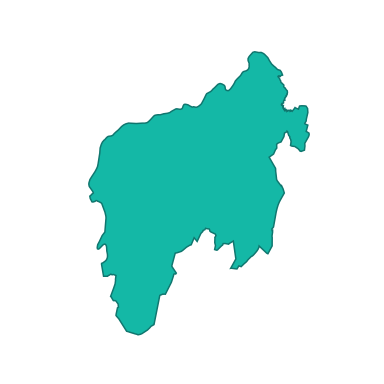 Padures pag., Kuldigas, Latvia (Equal Earth projection), rotated 282°
{"feature_id": "27541924B64598034075876", "entity_name": "Padures pag.", "entity_type": "district", "adm_level": 2, "iso_a3": "LVA", "parent_name": "Latvia", "parent_adm1": "Kuldigas", "projection": "equal_earth", "projection_center": [21.889, 57.036], "detail": "fine", "context": "isolated", "style": "filled", "palette": "teal", "viewbox_px": 384, "rotation_deg": 282, "n_neighbors": 0, "source": "geoboundaries", "source_scale": "gbopen_adm2", "svg_char_len": 6005}
<svg xmlns="http://www.w3.org/2000/svg" viewBox="0 0 384 384"><g transform="rotate(282 192 192)"><path d="M109.4,193.5L114.2,188.6L115.3,187.6L128.7,188.3L129.5,190.1L131.7,193.9L133.0,195.1L136.9,198.1L139.4,200.8L140.2,202.2L147.7,203.6L144.7,207.3L153.3,209.3L155.7,210.8L156.7,210.8L157.8,212.4L159.3,212.8L159.2,213.6L159.4,216.6L159.0,216.9L157.5,217.6L156.9,218.6L155.7,223.6L154.3,224.5L152.5,223.9L152.2,223.8L151.8,224.0L147.2,224.8L144.5,226.1L140.4,226.1L140.2,228.0L140.6,229.0L141.4,229.4L145.5,232.1L146.5,233.0L148.0,233.2L148.5,235.1L148.6,238.7L149.2,239.0L152.6,242.6L149.1,243.9L136.5,248.5L136.1,248.9L136.2,249.0L125.4,245.7L125.6,246.2L125.9,250.2L126.1,252.0L129.5,253.2L129.2,255.6L132.8,258.0L134.7,259.5L136.1,260.3L137.3,260.8L139.3,262.1L141.4,263.5L141.9,264.3L143.3,265.3L146.1,266.9L148.1,267.9L150.1,268.6L152.2,269.0L153.1,268.9L149.3,275.2L147.8,277.6L147.4,278.7L147.4,279.1L155.9,281.6L164.2,279.9L165.5,279.4L169.4,279.2L171.3,278.8L171.0,278.3L172.4,277.8L174.7,279.0L190.0,278.5L193.6,278.6L197.1,278.9L200.0,279.4L202.2,280.0L210.2,282.5L213.9,280.5L216.9,278.2L216.5,277.9L220.8,272.9L222.3,271.9L222.7,271.9L230.7,269.2L230.8,269.3L232.5,268.8L242.1,260.2L246.1,263.9L250.8,264.9L251.7,265.4L252.6,265.8L255.7,265.0L256.2,264.9L256.5,265.0L258.0,266.3L259.5,268.7L265.3,270.4L268.9,270.2L270.6,272.3L271.2,272.3L270.9,272.9L267.5,274.8L266.5,276.1L265.3,276.4L263.7,277.7L261.6,278.5L260.5,278.5L259.3,278.7L258.2,278.6L257.7,279.4L257.7,281.1L257.9,283.1L256.4,286.8L255.6,287.9L254.5,289.1L254.4,290.3L256.3,293.3L260.5,292.9L263.0,292.2L270.4,294.5L272.3,294.7L273.9,294.2L275.0,291.3L275.0,291.1L281.5,291.4L282.0,288.6L282.5,288.0L285.1,288.9L287.1,288.7L293.8,288.8L297.7,287.7L299.7,285.7L299.7,284.6L299.2,281.6L298.6,279.6L298.4,279.3L295.2,278.9L295.8,275.5L296.0,275.2L294.3,274.5L291.8,273.2L292.1,272.8L292.1,272.5L292.4,272.3L292.3,272.1L291.9,272.0L291.7,272.0L291.6,271.8L291.9,271.6L292.4,271.6L292.5,271.5L292.2,271.3L291.7,271.1L292.3,270.8L292.2,270.5L291.9,270.5L291.8,270.3L292.1,269.7L291.8,269.2L291.2,268.9L291.3,268.7L290.9,268.3L291.4,268.3L291.7,268.1L291.6,267.9L291.3,267.4L291.9,267.2L292.0,267.1L291.3,266.7L291.0,266.5L291.0,266.3L291.9,266.3L292.1,266.2L292.1,265.9L292.9,265.5L292.6,265.3L291.5,265.2L292.1,264.8L292.0,264.5L292.6,264.3L292.5,264.2L293.1,263.5L293.5,263.5L293.4,263.8L293.8,263.7L293.8,263.3L294.0,263.1L294.3,263.1L294.6,263.4L295.1,263.4L294.9,263.1L294.9,262.9L295.3,262.9L295.8,262.6L295.6,261.8L295.9,261.7L295.7,261.5L296.1,261.3L296.5,261.6L296.9,261.4L297.1,261.5L297.3,261.9L297.5,261.9L297.5,262.4L298.2,263.0L298.5,262.8L299.0,262.9L299.4,262.7L300.3,262.7L300.6,262.8L300.2,263.0L300.8,263.0L301.3,263.3L301.1,263.3L301.1,263.7L302.2,263.4L303.1,263.3L303.0,263.2L303.3,263.2L303.5,263.3L303.4,263.5L303.5,263.6L305.0,264.1L305.4,264.4L305.5,264.4L305.4,264.0L305.8,264.0L305.9,264.3L306.0,264.4L306.6,264.5L307.0,264.8L307.5,264.7L307.4,264.5L307.6,264.4L308.1,264.7L309.1,264.7L310.7,264.2L310.9,264.0L311.6,262.9L312.0,262.6L312.2,262.3L312.5,261.9L313.0,261.7L313.3,260.8L313.9,260.0L314.2,259.8L315.4,259.7L315.9,259.4L316.3,258.8L316.5,258.1L317.1,257.6L317.2,257.3L317.4,256.6L318.0,256.0L318.9,255.8L320.1,254.7L321.0,254.2L321.2,253.9L321.5,253.7L322.3,252.6L322.8,252.1L323.2,252.2L323.5,252.4L323.5,252.7L323.8,253.1L323.7,253.3L323.4,253.7L323.3,254.1L323.3,254.3L324.0,254.6L324.7,255.1L324.9,255.9L325.2,256.3L327.9,254.5L329.3,253.0L329.6,250.2L330.6,248.6L331.1,248.0L332.1,246.0L333.7,243.3L336.4,240.6L339.2,238.2L341.9,234.1L342.5,232.5L342.9,230.6L342.3,228.4L342.2,224.2L341.3,222.5L337.3,220.2L335.8,219.5L334.0,219.1L332.1,219.6L329.7,221.2L327.9,221.5L326.5,221.9L324.5,221.8L322.9,221.0L321.6,219.5L320.7,217.7L319.9,216.8L318.7,216.2L316.0,215.3L311.9,212.6L309.6,211.3L307.3,210.8L304.9,210.0L300.8,208.2L298.8,206.7L298.5,205.2L298.8,204.1L299.5,203.3L302.1,202.3L303.0,201.5L303.8,199.2L304.0,197.3L303.7,196.3L302.6,194.9L298.7,192.4L297.0,191.1L295.3,190.2L294.1,189.3L291.3,186.0L290.4,185.6L285.5,184.4L280.6,183.0L279.4,182.4L277.0,180.4L275.9,178.9L275.7,178.3L275.7,175.8L275.1,174.7L275.6,172.4L276.4,170.1L276.5,168.7L276.4,166.9L275.9,166.0L274.6,165.5L272.2,165.2L271.3,164.8L270.4,163.3L270.2,159.8L269.8,158.8L266.5,155.0L265.0,153.7L263.9,151.6L262.6,148.0L260.9,144.9L260.5,142.7L259.8,140.8L259.2,139.6L258.3,138.8L254.0,136.3L251.6,134.7L250.4,133.5L249.6,131.7L249.0,129.0L247.4,123.3L246.2,115.6L244.9,113.1L243.4,111.2L241.4,109.5L237.3,107.0L235.0,105.2L233.0,103.8L231.0,102.7L230.0,101.3L229.2,99.0L228.8,98.3L228.2,97.7L227.4,97.1L225.0,95.8L224.3,95.1L223.1,94.5L222.2,94.0L219.9,93.4L216.0,93.0L210.9,93.7L200.0,94.3L197.2,94.3L194.8,93.8L191.7,92.9L185.8,90.6L183.0,89.6L179.7,89.3L178.5,89.4L177.5,89.7L176.0,90.4L172.1,94.6L170.6,95.7L169.8,95.2L168.8,94.2L168.4,94.2L167.8,93.8L166.7,92.9L164.5,93.8L163.4,94.6L163.1,95.0L161.6,96.1L161.6,97.2L162.3,98.4L162.5,98.9L163.7,100.0L163.7,100.8L163.4,101.5L163.1,103.4L162.4,105.5L162.0,106.1L154.1,111.1L150.4,112.8L148.7,113.3L134.7,115.1L130.7,113.2L124.3,111.7L120.9,110.7L118.1,110.8L117.2,111.1L116.7,111.4L116.7,112.4L117.0,112.8L117.9,113.5L121.7,115.9L122.4,116.6L122.8,117.2L122.9,117.8L122.7,118.3L121.8,119.3L120.1,120.0L116.7,120.9L113.6,122.2L111.7,122.7L110.5,122.8L109.6,122.8L107.6,122.3L106.5,121.6L103.9,119.3L103.4,118.4L102.6,118.5L91.2,123.0L92.0,126.9L92.8,127.5L93.6,128.5L94.8,129.7L94.4,131.0L95.0,132.4L94.5,135.0L90.7,135.3L89.6,135.6L86.1,135.9L81.2,135.3L72.9,134.1L72.6,134.7L69.5,137.5L69.4,137.9L69.8,139.5L69.6,140.2L67.1,143.0L64.0,144.0L63.3,143.2L56.9,143.2L55.5,143.3L54.8,144.0L52.8,146.7L42.2,157.0L41.4,166.1L41.4,167.3L41.1,168.9L42.0,170.9L42.9,172.3L47.7,177.1L50.2,178.8L52.0,179.8L52.5,180.2L53.5,181.5L53.9,181.8L55.0,182.2L54.9,182.4L84.0,182.0L84.6,182.4L85.1,183.4L85.9,184.4L86.3,186.1L86.5,186.7L86.5,187.2L99.4,190.6L106.3,191.3L107.8,191.3L108.4,192.2L108.4,193.1L109.4,193.5Z" fill="#14b8a6" stroke="#0f766e" stroke-width="1.5"/></g></svg>